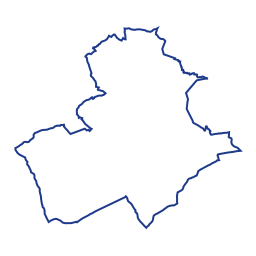 Partestii De Jos, Suceava, Romania
{"feature_id": "2599482B28606213719079", "entity_name": "Partestii De Jos", "entity_type": "district", "adm_level": 2, "iso_a3": "ROU", "parent_name": "Romania", "parent_adm1": "Suceava", "projection": "robinson", "projection_center": [25.954, 47.619], "detail": "fine", "context": "isolated", "style": "outline", "palette": "blue", "viewbox_px": 256, "rotation_deg": 0, "n_neighbors": 0, "source": "geoboundaries", "source_scale": "gbopen_adm2", "svg_char_len": 5703}
<svg xmlns="http://www.w3.org/2000/svg" viewBox="0 0 256 256"><path d="M76.9,222.3L82.4,218.4L87.5,215.8L89.2,214.8L90.6,213.8L91.5,213.6L92.7,213.0L94.4,211.9L99.2,209.5L125.0,197.2L125.8,196.3L126.6,197.1L127.2,198.1L127.9,200.7L128.5,201.5L131.3,203.8L133.9,208.2L134.8,209.5L135.2,209.8L135.4,210.3L135.5,210.7L135.4,211.3L135.3,211.6L135.8,212.0L135.9,212.6L136.9,213.2L137.1,213.6L137.4,214.4L137.6,216.4L137.9,217.8L138.4,219.0L140.3,221.6L142.3,223.6L143.8,225.3L146.3,227.8L146.4,227.7L147.0,226.8L148.8,225.4L149.0,224.7L149.2,224.4L150.4,223.4L152.4,221.2L153.0,219.4L153.5,216.4L153.8,215.6L155.6,214.3L157.3,213.5L162.7,210.4L165.2,208.4L166.3,207.8L167.1,206.9L169.8,205.8L170.9,205.7L172.1,205.3L173.6,205.5L175.3,204.7L177.3,203.4L177.0,201.5L177.1,198.8L176.9,196.6L177.4,193.4L177.6,192.4L181.5,190.3L182.6,189.3L183.2,188.2L183.5,186.6L185.4,183.9L187.1,181.7L187.9,179.7L188.8,178.9L189.8,178.4L191.5,178.0L191.9,177.6L193.5,177.1L195.2,176.1L196.7,175.5L197.6,173.2L198.3,171.1L200.8,169.4L207.8,165.6L210.4,164.5L211.7,163.5L216.2,161.3L217.1,160.4L219.0,160.2L218.7,159.6L218.3,157.7L217.6,155.7L218.2,154.9L218.3,154.7L218.0,154.5L218.2,154.3L227.4,152.6L233.7,151.8L236.4,151.2L240.6,150.8L237.6,147.8L233.9,146.3L232.4,144.8L231.8,143.9L231.6,143.2L231.4,142.5L231.4,141.0L231.7,140.0L231.5,138.6L231.2,138.3L229.1,137.4L228.7,137.0L228.9,135.7L229.1,132.2L226.7,132.8L225.5,132.8L223.0,133.0L221.7,133.4L221.0,133.2L220.2,133.5L219.4,133.6L218.7,133.3L217.5,133.8L215.5,133.9L211.8,134.7L211.0,134.7L210.5,134.1L210.6,133.7L210.1,133.0L209.8,132.1L209.9,131.5L210.4,131.1L210.3,130.9L209.9,130.4L209.3,130.0L209.0,129.5L208.7,129.1L207.8,128.8L207.4,128.0L206.7,126.4L206.0,126.4L205.8,127.4L205.4,129.8L205.0,130.6L204.6,130.6L204.4,130.5L203.2,128.6L200.8,127.2L198.3,125.5L193.4,122.9L192.8,121.7L192.7,120.8L192.3,120.0L191.3,118.2L191.1,117.6L189.3,114.2L186.7,108.9L187.5,101.7L188.0,99.3L186.3,93.7L186.0,93.1L187.9,90.7L196.6,80.5L197.8,80.1L204.9,78.7L207.1,78.6L207.1,78.3L205.3,77.8L203.7,76.9L202.5,76.5L201.5,77.2L199.8,77.0L198.4,77.4L197.9,77.4L197.3,76.9L197.0,76.1L196.9,75.2L197.1,74.9L197.1,74.7L196.1,74.4L195.1,74.6L194.2,74.4L194.0,74.2L194.2,73.3L194.1,73.2L193.6,73.2L192.8,73.4L192.4,73.3L190.5,74.5L189.8,74.6L189.7,74.0L189.4,74.0L189.3,73.3L187.2,73.4L187.1,72.9L184.1,72.9L184.2,72.1L184.1,71.9L183.4,72.0L183.2,69.9L182.0,70.0L181.7,67.2L181.4,67.2L180.1,63.1L180.1,62.6L179.9,62.3L180.1,61.7L179.2,61.6L179.4,61.1L178.0,60.7L178.1,60.1L174.4,59.1L174.9,58.2L163.8,54.3L163.1,52.1L162.3,48.9L165.3,41.1L164.5,40.1L163.3,39.2L162.9,39.0L160.9,38.9L160.2,38.5L159.2,37.8L158.1,36.8L157.5,35.5L155.9,34.3L156.1,33.3L156.0,32.3L156.8,30.5L156.8,29.6L157.5,28.2L157.1,28.4L156.0,29.2L154.7,29.2L154.1,29.3L153.0,30.1L152.1,31.0L151.6,31.3L150.4,31.8L149.8,31.8L148.6,31.4L147.2,31.4L146.4,31.1L145.8,30.5L145.4,30.3L143.8,30.1L142.8,29.8L141.5,29.7L140.6,29.4L137.7,29.3L134.5,29.9L133.9,29.7L131.5,29.5L129.0,28.3L126.3,28.7L124.6,28.5L124.9,30.9L124.5,32.0L125.1,34.0L125.3,35.0L125.3,36.6L125.6,39.3L124.7,39.2L124.3,39.0L123.8,38.8L123.1,38.1L121.6,40.6L119.7,39.8L117.5,38.3L116.5,37.2L116.2,36.5L115.8,35.9L115.2,35.4L114.7,34.5L113.9,34.5L112.2,35.8L111.4,36.9L108.9,35.8L108.4,37.2L107.6,38.0L107.3,38.8L105.6,40.2L103.4,41.1L101.8,41.6L100.9,42.5L99.9,43.9L99.3,44.0L98.6,44.8L97.6,45.5L97.8,45.7L95.9,46.9L93.3,47.5L93.0,48.2L93.0,48.3L94.0,48.8L94.4,49.1L95.3,50.5L95.7,50.8L95.7,51.0L94.0,51.4L91.0,54.2L89.4,53.6L88.3,53.8L87.2,54.5L85.4,56.3L85.9,57.1L86.7,57.6L87.1,59.5L87.3,61.3L87.8,62.6L88.7,64.3L89.6,67.6L91.2,72.3L91.5,73.5L91.0,73.9L90.8,75.0L91.0,75.9L91.1,76.2L91.5,76.4L93.3,78.4L93.6,78.7L93.7,79.0L94.7,80.5L95.5,81.3L95.6,82.0L96.1,83.6L96.1,86.0L96.0,86.8L98.8,87.5L97.8,89.5L97.9,89.8L98.8,90.1L100.1,90.3L101.2,90.8L102.3,90.9L102.9,91.1L103.4,91.4L104.6,92.6L105.5,93.1L105.6,93.4L103.9,94.6L103.6,95.0L103.0,95.0L101.5,95.7L100.5,95.5L98.5,95.7L94.9,97.0L93.8,98.5L93.2,98.8L92.7,98.8L92.6,97.8L92.4,97.3L91.8,97.3L90.8,98.2L90.3,98.5L89.2,99.5L86.3,100.2L83.5,102.0L82.0,103.9L80.5,105.0L79.7,105.4L79.1,105.9L78.6,107.4L77.1,109.0L76.9,109.9L76.8,111.5L77.0,113.2L76.8,113.9L77.4,114.9L78.2,115.6L78.6,116.4L78.9,117.9L79.3,117.7L79.2,117.1L82.2,118.1L81.5,119.4L81.6,119.5L82.2,119.5L83.4,121.5L83.7,121.6L84.8,123.6L90.2,128.1L91.6,128.9L90.2,130.5L89.5,131.0L88.6,129.8L86.8,130.4L85.8,129.6L84.8,128.7L70.5,134.0L69.5,132.9L68.8,132.3L67.9,131.0L64.3,127.0L64.1,126.7L63.9,126.0L64.2,125.6L64.1,125.2L63.9,124.7L62.3,125.1L61.1,124.9L60.6,125.1L60.1,125.8L59.0,125.6L58.0,125.8L57.2,125.6L54.8,126.5L53.2,127.8L52.6,128.1L50.8,128.3L49.5,128.7L47.3,129.6L46.6,129.7L42.8,130.0L42.1,130.1L40.2,130.8L36.5,132.5L35.1,132.9L34.5,133.4L34.2,134.0L33.7,134.5L33.6,135.2L33.7,136.6L33.5,137.6L33.3,137.9L32.2,138.7L32.0,138.9L31.5,139.2L31.2,139.6L30.6,139.8L29.9,140.4L29.5,140.9L29.3,141.5L28.6,141.9L27.3,142.2L25.2,141.8L24.3,142.0L23.5,142.4L23.0,143.2L22.5,143.5L21.8,144.3L21.3,144.4L17.9,146.8L15.4,148.1L15.5,148.7L15.4,149.7L17.5,152.9L18.7,154.0L19.6,154.7L25.2,157.5L25.4,158.8L26.0,160.2L27.4,161.8L27.1,164.0L27.3,164.5L28.5,165.9L30.8,170.7L31.0,172.3L32.1,172.9L33.9,174.1L34.4,175.1L34.5,175.9L34.4,177.4L34.5,178.2L34.8,178.9L36.1,180.9L36.4,181.9L36.5,183.1L37.7,186.1L38.4,186.7L39.3,188.1L39.8,189.3L39.7,190.2L39.7,191.2L40.1,193.3L40.6,194.9L40.9,196.6L41.2,199.7L41.7,202.7L42.0,204.5L42.5,205.3L42.5,206.7L42.9,207.4L43.7,207.9L44.2,209.0L44.6,210.7L44.6,213.1L44.8,214.0L46.5,217.7L48.7,222.0L50.8,220.6L52.7,219.7L54.4,219.1L55.8,218.8L57.0,219.1L59.3,220.1L60.9,220.9L62.4,222.4L63.7,222.9L65.5,223.2L71.3,223.1L76.3,221.8L76.9,222.3Z" fill="none" stroke="#1e3a8a" stroke-width="2"/></svg>